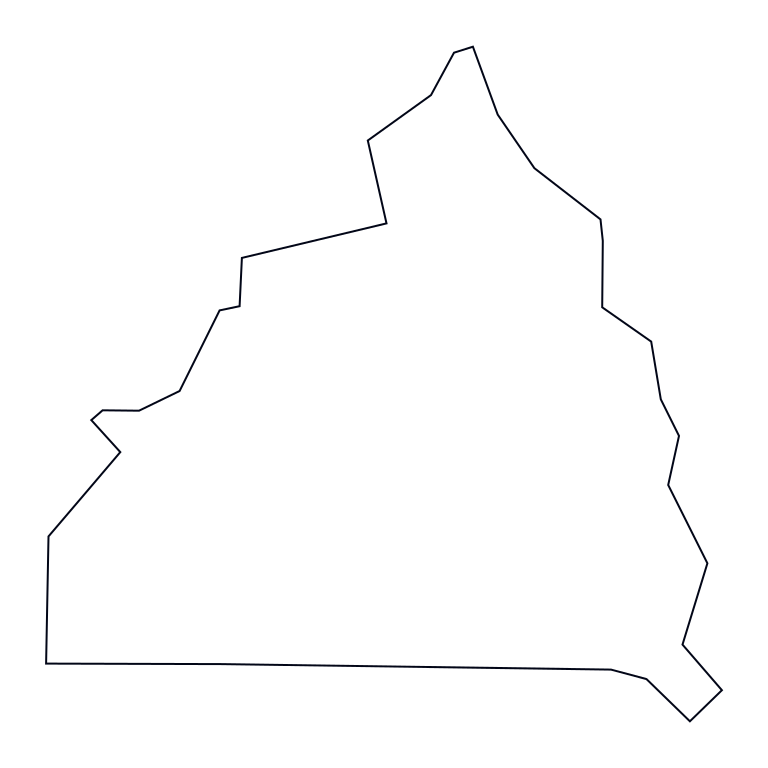 Butts, Georgia, United States of America (Mercator projection)
{"feature_id": "52423323B49879158216450", "entity_name": "Butts", "entity_type": "district", "adm_level": 2, "iso_a3": "USA", "parent_name": "United States of America", "parent_adm1": "Georgia", "projection": "mercator", "projection_center": [-83.954, 33.312], "detail": "fine", "context": "isolated", "style": "outline", "palette": "ink", "viewbox_px": 768, "rotation_deg": 0, "n_neighbors": 0, "source": "geoboundaries", "source_scale": "gbopen_adm2", "svg_char_len": 515}
<svg xmlns="http://www.w3.org/2000/svg" viewBox="0 0 768 768"><path d="M46.1,663.6L221.8,664.1L611.0,669.6L646.5,679.1L689.9,721.3L721.9,690.2L682.5,644.6L707.4,563.3L668.2,485.0L679.0,435.9L660.8,399.3L651.2,341.6L602.2,307.3L602.8,240.9L600.5,219.4L534.4,168.2L497.7,114.6L472.9,46.7L454.0,52.7L431.0,95.1L367.8,140.5L386.5,223.4L241.9,257.9L239.6,306.2L219.6,310.4L179.6,391.0L139.0,410.7L102.6,410.3L91.3,420.1L120.3,452.1L91.3,486.2L48.5,536.4L46.1,663.6Z" fill="none" stroke="#020617" stroke-width="2"/></svg>